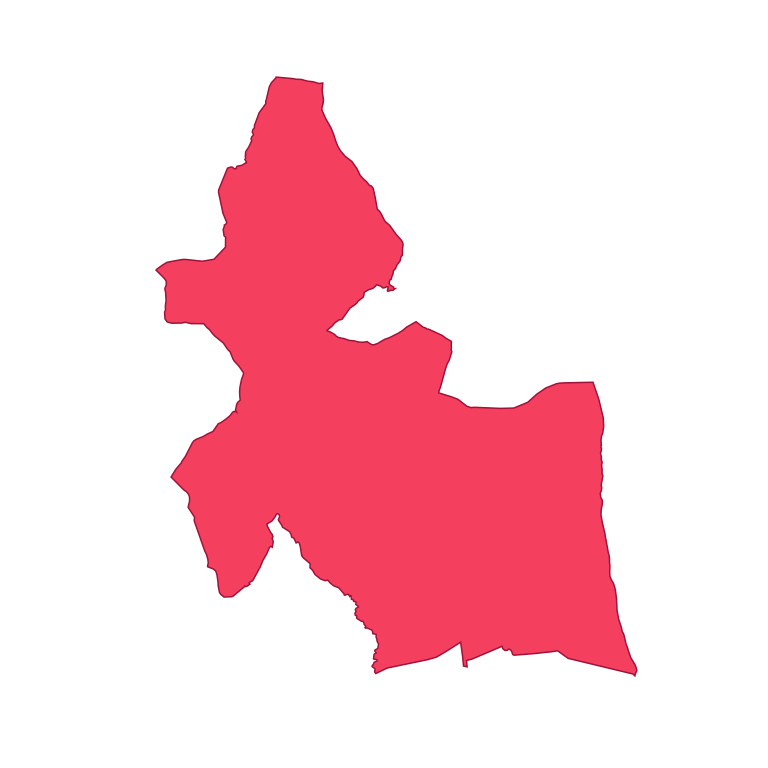 the district of Carta, Sibiu, Romania, rotated 354°
{"feature_id": "2599482B3340713178637", "entity_name": "Carta", "entity_type": "district", "adm_level": 2, "iso_a3": "ROU", "parent_name": "Romania", "parent_adm1": "Sibiu", "projection": "orthographic", "projection_center": [24.558, 45.797], "detail": "fine", "context": "isolated", "style": "filled", "palette": "rose", "viewbox_px": 768, "rotation_deg": 354, "n_neighbors": 0, "source": "geoboundaries", "source_scale": "gbopen_adm2", "svg_char_len": 6153}
<svg xmlns="http://www.w3.org/2000/svg" viewBox="0 0 768 768"><g transform="rotate(354 384 384)"><path d="M605.5,695.5L605.3,693.1L604.3,689.4L600.9,682.2L599.2,674.9L598.4,670.7L597.6,668.4L596.7,660.4L596.0,657.1L595.1,655.3L594.6,650.7L592.9,642.9L592.1,633.8L592.8,621.7L592.6,613.9L592.2,610.1L591.3,606.0L589.8,603.0L588.6,598.9L588.8,594.7L589.6,589.2L589.7,585.8L589.5,584.8L590.0,581.9L590.0,578.6L589.4,574.7L588.4,560.9L588.2,560.3L588.1,556.0L586.6,544.2L586.1,536.8L586.9,531.5L588.3,527.1L589.0,523.7L588.8,522.0L588.0,520.4L587.7,518.9L587.6,515.3L588.8,513.3L589.7,510.2L589.4,507.4L592.0,498.5L592.1,497.5L591.5,496.4L592.0,491.5L591.9,487.5L592.8,484.7L592.1,481.7L592.6,479.8L592.1,475.2L592.9,473.9L593.5,471.2L593.2,468.2L593.4,467.6L593.8,467.6L593.9,463.3L594.2,461.3L594.9,458.4L596.2,456.3L598.0,449.5L598.5,441.8L598.5,440.2L596.0,421.4L592.0,404.1L563.2,401.7L558.8,401.5L555.4,401.8L544.6,404.8L534.7,410.2L525.1,417.2L510.6,421.5L497.0,420.4L471.3,416.6L468.2,416.6L464.0,414.7L455.9,406.9L449.3,403.6L437.4,398.5L438.7,395.0L439.5,393.9L446.9,375.0L449.1,370.3L451.3,367.3L454.8,359.1L454.3,357.0L454.9,354.6L454.8,353.6L455.5,348.7L450.3,344.9L447.0,341.8L433.9,334.0L432.6,334.0L431.5,332.8L428.7,331.5L422.4,325.4L412.4,329.8L407.8,332.9L403.4,335.0L394.2,338.5L389.1,339.7L382.0,343.0L378.3,343.9L376.8,343.8L375.3,343.2L371.6,340.1L367.7,340.3L363.5,339.7L358.5,337.9L353.7,336.9L349.1,334.7L343.6,333.0L341.6,331.5L339.9,329.4L335.7,326.4L333.0,325.1L332.9,324.6L338.2,321.2L341.5,318.1L345.7,315.6L348.2,315.5L349.4,314.9L357.9,305.1L363.7,301.9L365.7,300.5L366.6,299.1L372.3,295.5L373.1,294.1L374.0,290.7L378.9,288.5L382.8,287.8L385.3,286.2L387.0,284.5L390.7,286.2L393.0,288.4L395.1,288.3L396.9,287.5L398.1,287.9L398.1,288.6L397.1,291.5L397.5,292.2L401.4,291.5L402.6,291.8L405.0,290.3L404.1,290.2L403.7,289.7L403.6,288.5L400.7,286.5L400.0,285.5L399.7,284.0L399.8,283.4L400.9,281.1L402.2,280.5L403.0,278.1L404.4,275.7L405.1,272.6L407.4,270.5L409.3,267.0L412.8,263.4L414.0,259.9L414.5,258.9L415.5,258.2L416.1,256.0L416.5,251.6L417.5,247.6L417.4,245.4L416.2,242.7L411.6,236.3L406.3,226.9L402.5,222.8L401.5,221.2L398.8,213.9L397.3,211.3L395.6,209.4L394.7,196.8L393.7,188.2L391.9,185.6L390.1,184.7L388.1,181.4L384.3,177.1L382.2,174.2L379.6,167.0L375.3,159.3L369.1,153.4L365.5,148.2L363.0,143.0L361.5,137.7L359.9,130.0L358.1,123.8L353.7,113.8L350.9,105.0L351.1,102.8L352.6,99.1L353.5,95.6L353.2,85.9L354.6,78.3L350.7,78.3L345.1,76.0L339.3,74.7L333.4,72.4L328.3,71.7L325.1,70.7L308.8,67.5L308.7,68.1L303.5,72.6L301.6,75.5L300.7,77.2L296.9,88.3L295.9,90.5L295.7,92.9L288.2,101.2L282.3,113.1L282.0,113.8L282.0,115.1L281.6,116.1L280.3,117.1L279.3,119.7L280.2,122.0L280.2,122.7L278.3,124.4L277.6,125.9L277.4,126.7L277.9,128.1L274.4,134.0L271.0,138.2L270.4,139.9L270.2,140.8L270.6,141.4L269.9,142.5L269.9,145.0L269.1,146.2L270.4,148.8L270.2,149.6L269.7,149.5L265.7,151.6L260.5,152.1L259.2,154.4L257.7,154.3L255.8,152.5L254.3,152.2L250.9,153.0L239.7,174.0L239.5,176.3L241.7,197.3L244.5,207.0L243.5,208.4L241.7,209.3L241.9,210.1L240.2,213.4L240.4,219.8L241.8,221.5L240.6,231.4L227.9,242.2L216.1,242.9L199.3,239.3L196.9,239.1L189.1,239.6L180.8,240.3L175.7,242.8L170.0,246.1L169.2,246.9L175.8,255.0L177.5,257.5L178.2,259.6L177.8,262.7L176.1,266.0L176.1,268.2L176.4,269.6L176.0,278.2L174.7,283.5L174.4,287.6L173.3,289.7L173.0,296.3L174.2,298.6L174.8,299.5L176.0,300.2L179.6,301.4L189.2,302.2L193.0,301.9L198.5,303.8L211.0,305.2L213.8,309.3L216.3,311.9L218.7,316.0L220.7,318.6L228.4,326.3L232.2,333.4L234.4,336.1L236.4,343.4L237.7,345.9L241.4,350.9L245.2,357.6L245.4,358.4L245.3,359.4L242.7,364.8L240.5,371.8L239.6,376.1L239.3,380.9L239.3,385.0L236.4,387.1L235.2,389.3L233.6,394.6L234.4,396.5L233.2,395.7L231.4,395.7L230.2,396.5L227.7,399.3L223.1,402.4L217.7,405.4L215.1,406.1L208.9,413.3L202.8,415.4L198.8,417.3L191.4,419.4L188.9,420.7L187.3,422.4L178.9,435.2L174.7,440.1L174.5,440.9L168.0,447.1L162.5,454.3L173.6,468.1L174.6,469.2L176.1,470.1L178.1,473.4L178.6,475.0L178.7,476.9L178.4,480.0L176.3,486.2L181.7,496.7L181.0,499.6L181.1,500.9L188.3,531.4L189.6,534.9L190.5,540.0L190.5,543.6L189.5,546.5L189.6,547.4L194.9,550.1L197.2,552.7L197.9,556.2L198.2,562.7L198.0,567.7L198.6,574.1L199.7,576.2L202.7,579.2L210.2,579.6L211.6,579.3L224.2,570.9L224.4,570.4L225.4,571.1L227.3,570.5L229.8,569.0L229.0,567.9L229.1,567.4L232.9,565.9L241.7,553.1L245.4,546.4L249.5,540.8L253.3,534.2L254.5,533.7L255.8,534.7L257.4,529.3L256.6,526.0L257.6,524.3L257.1,522.0L255.5,519.2L253.1,513.0L253.0,511.0L258.3,508.5L261.5,505.1L263.7,502.0L264.6,501.9L265.6,502.4L266.1,503.3L266.3,504.6L266.0,505.7L264.7,507.8L265.0,508.9L267.9,514.4L268.0,515.7L274.7,521.0L275.9,524.0L276.1,526.4L276.4,527.0L277.6,527.3L278.3,528.0L280.0,532.9L281.8,532.0L282.6,532.6L283.2,533.9L283.8,537.4L284.2,546.1L285.6,548.5L291.5,554.7L291.7,555.7L291.2,559.0L293.4,561.7L295.6,566.4L300.5,571.3L304.9,573.5L307.3,573.1L307.9,573.6L309.6,576.2L313.2,579.7L317.7,581.9L321.4,587.3L322.2,588.0L322.4,589.8L323.1,590.0L325.1,589.4L326.6,589.4L327.7,591.7L328.5,590.9L329.1,591.1L329.1,594.7L331.0,595.5L331.1,597.0L333.1,597.6L333.3,598.3L332.9,600.3L335.3,602.5L335.3,603.1L332.8,604.2L332.0,605.1L331.9,605.9L332.6,607.2L331.3,608.6L331.1,609.4L331.3,611.0L332.5,611.4L332.4,614.0L332.7,614.5L336.6,617.5L338.2,617.9L339.1,619.8L339.1,621.1L340.4,622.6L340.5,623.4L339.7,624.0L339.9,624.8L342.0,625.0L346.2,627.5L346.9,629.6L346.7,631.1L350.0,632.1L349.7,635.2L350.2,636.7L350.2,639.0L351.4,642.0L350.3,645.9L349.6,646.6L347.3,647.6L347.0,648.1L346.9,648.7L348.0,650.1L348.0,650.8L346.3,651.4L345.8,652.1L344.8,656.2L345.4,656.8L347.8,657.1L348.2,657.7L348.2,658.4L347.8,658.9L345.1,659.7L344.4,661.4L342.8,662.9L342.6,663.8L345.0,665.9L345.2,666.8L344.6,669.5L345.6,671.1L357.6,666.8L398.8,662.7L407.9,661.0L419.0,655.9L433.2,648.8L433.7,663.7L433.6,672.8L437.1,674.0L437.2,667.6L443.1,666.7L473.9,657.2L474.6,659.8L476.5,661.7L478.8,661.7L480.3,660.7L482.2,661.7L483.2,663.9L483.6,666.1L484.1,666.8L485.1,667.3L504.9,667.8L521.9,667.8L528.8,667.5L538.4,676.1L601.2,698.4L603.0,700.5L603.7,698.4L605.5,695.5Z" fill="#f43f5e" stroke="#9f1239" stroke-width="1.5"/></g></svg>